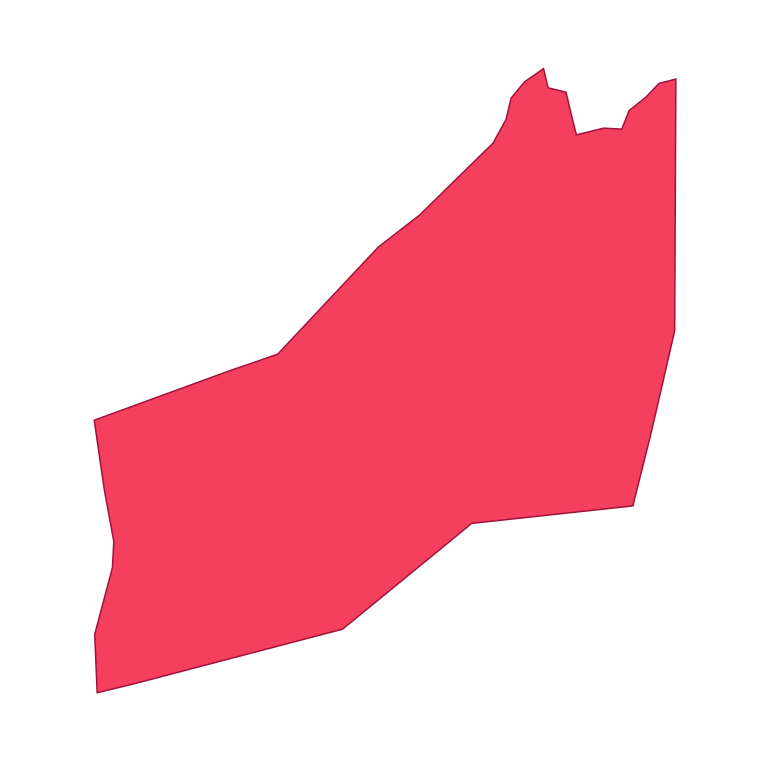 the district of Nossa Senhora de Lourdes, Sergipe, Brazil, rotated 183°
{"feature_id": "56859067B12193176989723", "entity_name": "Nossa Senhora de Lourdes", "entity_type": "district", "adm_level": 2, "iso_a3": "BRA", "parent_name": "Brazil", "parent_adm1": "Sergipe", "projection": "robinson", "projection_center": [-37.019, -10.08], "detail": "fine", "context": "isolated", "style": "filled", "palette": "rose", "viewbox_px": 768, "rotation_deg": 183, "n_neighbors": 0, "source": "geoboundaries", "source_scale": "gbopen_adm2", "svg_char_len": 587}
<svg xmlns="http://www.w3.org/2000/svg" viewBox="0 0 768 768"><g transform="rotate(183 384 384)"><path d="M654.3,60.7L618.0,71.5L412.6,137.0L305.2,234.7L289.2,249.4L129.1,275.3L115.6,344.3L110.7,371.6L96.5,452.4L108.5,703.8L125.1,698.6L137.4,684.2L153.5,669.9L159.9,651.0L178.1,651.0L204.9,642.9L210.4,660.8L217.5,684.9L235.6,688.4L241.2,707.3L259.3,693.3L272.0,676.2L276.0,654.5L287.7,630.3L357.2,554.7L396.9,520.4L491.7,408.3L522.5,395.7L536.7,390.1L671.5,332.7L657.7,263.4L645.6,212.6L645.6,186.4L659.8,118.8L654.3,60.7Z" fill="#f43f5e" stroke="#9f1239" stroke-width="1.5"/></g></svg>